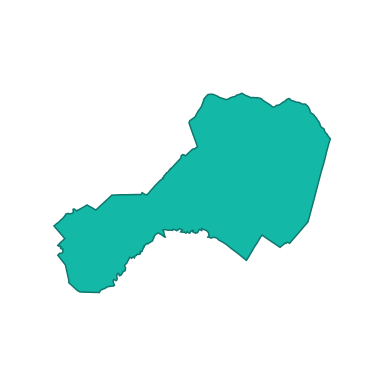 Horodnic De Sus, Suceava, Romania (Albers equal-area conic projection), rotated 158°
{"feature_id": "2599482B42515196474333", "entity_name": "Horodnic De Sus", "entity_type": "district", "adm_level": 2, "iso_a3": "ROU", "parent_name": "Romania", "parent_adm1": "Suceava", "projection": "albers", "projection_center": [25.808, 47.836], "detail": "fine", "context": "isolated", "style": "filled", "palette": "teal", "viewbox_px": 384, "rotation_deg": 158, "n_neighbors": 0, "source": "geoboundaries", "source_scale": "gbopen_adm2", "svg_char_len": 6027}
<svg xmlns="http://www.w3.org/2000/svg" viewBox="0 0 384 384"><g transform="rotate(158 192 192)"><path d="M332.7,212.3L331.9,209.8L330.2,204.9L327.4,196.4L333.1,194.3L333.0,194.2L336.5,192.8L335.7,191.5L334.9,191.9L333.8,189.8L334.9,189.4L334.7,188.9L334.6,188.3L333.5,187.6L333.0,187.3L334.8,184.2L336.0,184.2L336.8,184.4L337.9,184.7L340.1,183.7L337.7,175.2L336.7,171.8L339.3,156.3L339.6,155.7L339.9,154.7L340.2,154.1L337.0,147.4L335.7,144.6L334.7,142.9L333.9,141.9L333.0,141.2L331.0,140.2L327.0,138.5L315.6,133.5L315.1,134.0L313.5,135.1L312.7,135.2L311.9,135.3L309.3,135.2L308.4,135.3L306.5,135.7L305.8,135.7L305.0,135.6L304.1,135.4L300.7,134.5L300.1,134.2L299.6,134.3L298.9,134.6L298.7,135.1L298.8,135.8L298.8,136.8L298.7,137.7L298.6,138.3L298.4,139.1L297.8,139.8L297.4,140.2L296.9,139.9L296.4,139.3L296.1,138.6L295.6,138.2L295.0,138.4L294.2,139.0L293.8,139.6L293.7,140.2L293.6,141.0L293.4,141.9L293.2,142.4L292.3,143.6L291.6,144.3L291.1,144.3L290.5,143.9L290.4,143.3L290.6,142.7L290.8,142.1L290.7,141.6L290.2,141.4L289.1,141.6L288.4,141.8L286.1,143.6L284.9,144.2L284.3,144.0L283.7,144.0L283.1,144.5L282.3,146.0L282.0,146.6L282.0,147.3L282.2,148.3L282.2,148.8L281.7,149.3L280.8,149.8L279.7,150.3L278.7,150.7L278.1,151.3L277.5,152.1L276.8,152.5L276.3,152.9L274.6,154.4L274.4,154.8L274.0,154.6L273.6,154.3L273.4,154.0L272.9,153.2L270.7,153.9L270.5,153.1L270.2,152.5L268.6,154.0L268.4,154.1L268.1,154.1L267.3,154.0L267.1,154.1L266.6,154.9L264.5,154.0L264.0,153.9L263.0,154.1L262.5,156.0L262.2,156.1L261.9,156.1L262.0,155.6L260.5,155.6L260.1,156.4L259.4,157.0L257.9,158.3L256.8,159.1L257.0,159.8L255.6,160.3L253.1,161.1L252.9,161.1L252.7,161.0L252.5,160.6L252.3,160.4L252.0,160.5L251.0,160.8L249.2,161.1L247.8,161.3L246.9,161.5L245.9,162.8L245.6,163.0L244.3,164.0L244.5,164.4L241.5,166.3L241.0,166.4L238.8,166.8L238.0,165.9L236.7,164.4L236.1,163.5L235.1,161.8L234.6,161.1L233.9,160.2L233.6,160.2L233.7,160.5L233.8,160.9L233.8,161.8L233.5,164.3L233.2,165.1L233.1,165.4L233.1,166.1L233.1,167.3L233.1,167.8L231.4,167.3L230.5,166.9L228.7,165.6L227.7,165.2L226.5,164.9L224.5,163.8L224.4,164.1L224.1,164.4L223.7,164.6L221.8,163.2L220.8,162.1L220.6,161.8L220.2,162.1L219.6,162.3L218.9,162.4L218.7,162.0L217.0,162.7L216.1,161.5L215.1,160.5L215.5,160.2L216.4,160.0L217.2,159.5L217.5,159.2L216.3,158.6L215.4,158.1L214.4,157.6L214.2,157.4L213.8,157.5L213.1,156.2L212.8,156.1L211.4,156.9L211.1,156.8L211.0,156.4L210.7,155.9L210.4,155.5L210.1,155.0L209.7,154.8L209.5,154.7L207.9,156.0L207.1,156.1L205.7,156.2L205.3,155.6L206.3,154.9L205.3,153.7L204.3,152.6L204.0,152.8L202.3,152.1L200.9,153.2L199.9,153.9L199.6,154.2L199.3,154.6L197.4,152.6L197.2,152.9L196.9,154.0L196.7,154.4L196.0,153.7L194.9,152.6L193.4,151.2L192.8,150.4L192.4,149.2L192.1,148.6L192.0,147.8L192.3,146.8L192.3,145.8L192.5,145.2L193.2,145.0L193.8,144.6L194.0,144.4L194.2,144.2L193.2,143.8L192.4,143.2L192.0,142.7L191.8,142.1L191.5,142.0L190.1,142.2L189.3,141.9L188.6,141.6L187.9,141.4L186.2,139.8L184.9,137.0L182.5,134.3L179.3,129.7L176.9,125.1L172.1,117.2L167.2,108.2L163.4,110.9L161.8,112.2L160.4,113.2L154.7,117.7L151.1,120.1L146.0,124.0L143.3,125.9L137.6,117.3L131.1,107.7L127.7,108.8L124.4,109.8L124.0,109.2L122.6,109.8L121.8,109.0L120.7,107.9L111.2,112.8L106.9,115.0L95.6,120.9L95.2,121.7L94.4,122.7L93.8,123.2L87.5,131.7L84.5,135.6L64.5,162.5L60.6,167.3L56.0,173.4L52.5,178.4L47.1,185.5L43.8,189.5L44.7,192.2L45.2,195.3L45.6,196.0L45.8,196.6L46.0,197.2L46.2,199.6L46.2,199.9L46.0,200.5L46.0,201.1L46.2,201.5L47.4,203.0L47.9,203.8L48.1,204.5L48.1,205.7L47.9,208.3L48.0,209.3L48.3,210.4L48.7,211.9L49.0,214.1L49.2,214.8L49.7,215.8L50.0,217.3L50.6,218.7L51.5,220.0L52.1,220.8L52.3,221.9L52.2,223.2L52.0,224.4L52.1,225.4L52.3,227.1L52.8,228.7L54.0,231.1L54.9,231.4L56.4,232.0L57.4,232.9L58.7,234.6L59.3,235.0L60.9,235.8L61.7,236.3L62.0,236.6L63.2,237.9L64.6,238.8L65.5,239.5L66.0,240.6L66.5,241.8L67.1,242.4L68.6,242.3L69.7,242.4L70.0,242.3L70.5,241.8L70.9,241.6L71.7,241.5L74.4,241.1L76.9,240.4L77.7,240.2L79.4,240.2L80.8,240.6L81.4,240.7L81.8,240.6L82.3,240.3L83.1,240.1L84.2,240.1L84.7,240.2L85.5,240.8L86.8,243.3L90.1,247.9L91.2,249.4L92.0,250.7L92.7,252.4L93.2,253.0L96.2,255.0L97.7,255.6L100.6,257.1L101.2,257.1L101.5,257.0L101.9,257.2L102.5,258.0L104.1,259.6L106.2,261.5L108.5,264.6L108.8,264.9L109.5,264.9L111.5,264.7L111.9,264.8L112.9,264.9L114.4,265.1L115.0,264.9L115.8,264.5L116.5,264.5L119.0,264.9L121.8,265.0L122.4,264.9L123.6,264.5L123.9,264.5L125.4,264.9L126.1,265.2L128.3,267.1L129.7,268.2L130.6,268.9L131.2,269.5L131.5,270.1L131.7,270.5L135.6,274.4L136.4,275.0L137.2,275.4L137.9,275.6L138.8,275.8L139.9,276.2L140.6,276.3L140.8,276.3L141.9,275.9L144.2,274.7L145.4,274.2L145.8,274.0L148.5,270.7L149.3,269.8L151.0,268.0L152.8,266.6L155.7,264.9L157.0,263.9L160.7,260.8L161.3,260.4L166.6,259.1L167.3,259.0L168.7,257.5L168.9,257.0L169.1,253.6L169.2,250.8L169.5,244.8L169.5,242.1L169.7,240.2L169.6,239.8L170.0,231.7L171.7,231.6L173.1,231.1L173.5,231.1L174.8,231.5L175.2,231.5L175.8,231.3L176.6,231.1L177.4,230.8L178.5,230.3L180.4,229.6L181.2,229.3L182.5,228.7L183.2,228.5L184.3,228.0L185.4,229.3L186.3,230.1L186.6,230.2L187.5,230.0L188.4,229.7L189.3,228.2L190.1,227.4L201.7,222.0L203.1,221.7L203.1,221.3L203.8,221.3L204.2,221.2L205.9,220.1L206.5,219.7L207.5,219.3L208.7,219.3L209.9,218.2L210.7,218.0L211.9,217.5L212.1,217.2L212.2,216.8L212.2,216.7L214.0,216.0L213.9,215.4L215.7,215.0L217.0,214.7L222.1,212.5L223.9,211.7L228.4,209.4L229.6,208.9L233.1,206.9L233.4,206.8L234.5,206.7L234.7,206.4L236.3,207.0L238.5,210.1L240.6,208.6L241.3,209.0L242.3,209.7L243.0,209.9L247.4,211.6L250.5,212.8L251.9,213.2L259.2,216.2L260.4,216.6L261.1,216.8L267.4,219.1L287.9,211.3L291.1,215.5L292.4,216.9L294.1,219.3L295.7,219.1L297.1,218.8L301.1,218.3L305.0,217.9L305.9,217.8L306.4,218.2L307.1,219.6L307.6,220.4L308.4,220.6L308.8,220.5L309.3,218.7L309.7,217.7L310.3,217.2L311.6,217.2L312.8,217.4L313.9,217.8L314.7,218.5L317.0,218.9L318.7,217.6L321.4,216.1L324.3,215.1L327.2,213.8L329.1,213.5L331.7,212.5L332.7,212.3Z" fill="#14b8a6" stroke="#0f766e" stroke-width="1.5"/></g></svg>